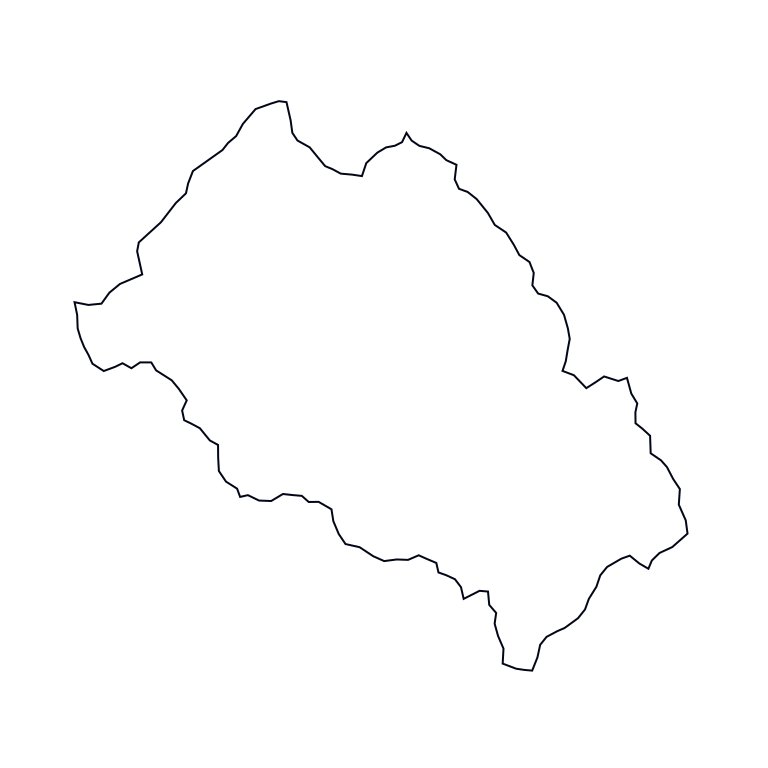 São Sebastião da Grama, São Paulo, Brazil, rotated 185°
{"feature_id": "56859067B74553829999023", "entity_name": "São Sebastião da Grama", "entity_type": "district", "adm_level": 2, "iso_a3": "BRA", "parent_name": "Brazil", "parent_adm1": "São Paulo", "projection": "robinson", "projection_center": [-46.755, -21.751], "detail": "fine", "context": "isolated", "style": "outline", "palette": "ink", "viewbox_px": 768, "rotation_deg": 185, "n_neighbors": 0, "source": "geoboundaries", "source_scale": "gbopen_adm2", "svg_char_len": 2150}
<svg xmlns="http://www.w3.org/2000/svg" viewBox="0 0 768 768"><g transform="rotate(185 384 384)"><path d="M699.4,438.5L695.7,426.1L694.0,412.6L690.3,403.2L685.9,394.6L680.9,387.2L676.2,378.8L664.3,372.5L653.3,377.7L646.3,381.9L637.0,377.7L628.8,384.3L617.7,385.2L612.2,377.7L595.8,369.2L588.0,361.3L579.1,350.5L582.8,340.0L579.9,330.5L572.5,327.7L563.6,323.9L552.6,312.6L544.0,308.8L542.8,296.3L540.9,282.9L532.9,273.0L521.2,266.9L517.5,259.0L509.9,261.4L498.3,257.0L486.2,257.6L475.1,265.6L466.2,265.4L456.1,265.4L448.7,259.9L438.9,260.9L425.4,254.6L422.5,242.9L416.0,230.6L408.4,221.2L394.1,219.3L379.7,211.5L368.4,207.6L356.1,210.3L344.7,210.9L334.5,216.4L326.8,213.7L316.3,210.3L313.3,201.0L305.5,199.0L296.3,195.7L289.6,188.3L285.9,176.9L270.8,186.3L262.3,186.3L259.9,173.1L252.3,165.7L252.9,154.9L248.4,142.9L241.9,130.8L241.4,115.8L227.6,111.9L219.2,111.4L211.4,111.4L207.3,125.1L205.7,137.8L200.0,146.3L189.8,152.9L182.8,156.7L170.3,167.6L164.1,176.9L161.2,187.8L154.7,200.6L151.9,212.2L145.8,221.2L132.3,230.7L124.2,234.4L113.9,227.4L104.5,223.0L101.8,231.5L94.8,239.7L82.6,246.7L68.6,261.4L71.5,274.4L79.8,289.5L80.1,305.1L87.6,314.5L94.9,325.9L101.4,332.1L112.3,338.2L114.4,355.6L123.0,362.2L130.0,366.8L131.1,377.7L130.0,386.7L136.8,396.0L142.5,411.3L150.8,407.4L165.4,410.7L173.0,404.5L182.1,397.5L195.6,409.3L207.3,412.6L204.9,422.5L204.0,434.2L202.9,445.1L205.7,455.5L210.7,468.6L219.1,480.0L228.5,485.7L238.3,487.5L244.8,495.2L244.5,507.7L249.7,518.2L260.4,524.2L266.9,534.1L275.5,545.5L287.5,552.1L295.3,563.3L307.7,576.2L317.4,582.6L326.3,585.0L331.4,594.0L330.9,608.7L341.4,612.4L347.9,617.7L359.5,622.8L369.5,624.3L377.7,628.9L383.5,636.1L387.1,626.5L393.9,622.3L402.5,619.9L410.8,613.9L420.9,602.5L424.1,589.2L434.0,589.8L445.4,589.8L454.0,593.5L461.6,595.9L469.5,603.9L478.7,613.3L491.4,619.0L497.2,626.2L500.0,638.5L505.7,656.3L513.4,656.6L521.1,653.5L535.9,646.7L547.2,630.9L552.9,618.1L560.4,610.5L565.3,603.0L592.9,579.5L596.6,566.8L597.9,556.7L607.2,546.1L620.3,525.7L640.6,503.7L641.5,494.7L634.4,472.1L655.7,460.7L665.5,451.1L672.5,439.4L685.4,437.0L699.4,438.5Z" fill="none" stroke="#020617" stroke-width="2"/></g></svg>